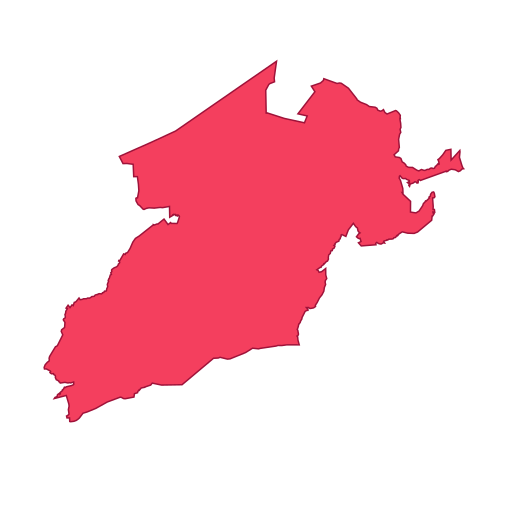 the district of Tula de Allende, Hidalgo, Mexico, rotated 280°
{"feature_id": "50627088B26454050476732", "entity_name": "Tula de Allende", "entity_type": "district", "adm_level": 2, "iso_a3": "MEX", "parent_name": "Mexico", "parent_adm1": "Hidalgo", "projection": "orthographic", "projection_center": [-99.373, 20.05], "detail": "fine", "context": "isolated", "style": "filled", "palette": "rose", "viewbox_px": 512, "rotation_deg": 280, "n_neighbors": 0, "source": "geoboundaries", "source_scale": "gbopen_adm2", "svg_char_len": 6033}
<svg xmlns="http://www.w3.org/2000/svg" viewBox="0 0 512 512"><g transform="rotate(280 256 256)"><path d="M107.4,169.3L107.7,169.3L110.6,174.7L112.8,175.9L112.5,185.4L116.4,205.5L147.9,231.9L149.0,236.6L150.0,238.2L149.5,245.7L150.2,248.3L159.1,262.5L164.6,268.6L165.0,274.6L165.8,276.3L170.8,291.4L171.7,293.1L172.3,296.9L173.9,301.9L176.0,314.0L180.5,311.9L183.4,311.1L184.3,310.3L184.9,311.1L186.4,311.4L190.0,310.1L190.7,309.4L194.0,309.9L196.4,309.9L196.6,310.3L198.4,311.1L199.6,311.2L202.0,312.1L203.3,312.0L210.0,314.0L211.3,315.6L211.5,316.6L212.5,316.4L214.0,314.6L214.4,316.6L213.7,318.0L213.9,319.1L214.9,321.7L216.6,323.4L217.8,323.0L220.8,324.3L225.8,325.8L229.2,327.7L233.1,328.9L236.9,328.8L240.0,329.5L242.3,328.6L244.0,328.6L246.0,329.6L249.4,328.0L255.8,326.8L252.0,323.4L250.9,321.0L252.5,319.7L253.0,318.3L255.8,321.0L256.1,322.0L257.5,322.3L259.4,324.2L260.2,324.1L260.3,324.7L262.8,326.3L263.4,327.3L265.6,327.9L266.7,327.5L269.7,327.4L271.4,328.7L274.0,328.8L274.6,330.2L276.0,330.1L277.4,331.6L279.3,332.0L280.0,330.9L280.9,331.9L281.8,331.6L283.5,332.7L285.0,335.0L286.8,335.1L287.5,335.9L289.3,336.0L290.0,336.4L291.5,336.2L292.0,336.9L290.9,341.1L297.8,342.4L305.1,346.2L302.2,349.1L301.2,351.0L298.4,352.1L297.2,353.4L296.8,354.4L295.7,353.3L292.4,351.6L291.3,353.4L291.0,354.8L291.4,355.5L288.5,356.9L286.8,354.6L284.2,357.9L287.9,372.2L289.2,371.7L290.4,372.6L289.6,374.3L289.4,376.2L289.6,377.3L291.1,379.1L291.1,380.4L292.6,379.2L293.1,379.6L294.3,382.3L294.7,382.2L295.1,383.6L295.6,383.8L296.3,387.0L297.0,388.3L298.0,388.7L298.5,390.2L300.6,391.1L301.1,391.7L300.7,392.0L302.6,393.0L305.2,395.9L304.8,401.4L305.7,407.8L307.7,411.0L321.7,422.8L325.9,422.5L326.0,423.0L328.6,424.1L329.0,423.0L330.0,422.6L330.2,424.4L332.8,423.6L332.6,422.3L335.6,421.9L342.7,420.1L343.9,419.9L344.3,421.3L345.4,421.9L348.8,420.7L349.9,419.8L349.3,418.3L347.1,417.2L345.3,417.3L344.2,416.2L343.6,416.2L343.2,416.7L339.6,414.0L339.7,413.4L338.0,412.8L336.9,411.8L334.5,411.4L328.6,408.8L326.2,406.0L326.1,400.5L336.7,398.7L342.4,390.0L343.7,389.0L343.6,389.8L348.1,388.8L355.6,385.1L357.5,383.5L359.5,383.4L360.1,383.9L357.9,386.6L357.8,387.8L358.3,389.9L357.7,390.8L357.0,393.9L355.8,394.2L355.9,393.6L355.3,393.4L354.7,392.4L354.2,393.2L354.7,394.3L354.4,394.5L352.1,394.2L351.3,395.1L353.6,395.3L355.2,398.2L356.8,399.7L356.3,401.7L355.8,401.9L356.2,402.9L357.8,402.8L358.2,402.4L359.1,402.8L359.6,403.8L358.9,404.7L372.2,427.9L372.1,428.7L372.6,428.7L372.5,430.0L374.1,431.2L375.4,433.3L375.5,437.3L374.3,440.7L375.5,442.5L377.4,443.7L378.0,445.3L378.7,444.4L381.0,443.0L388.5,439.2L393.9,438.8L395.3,438.4L384.4,431.5L394.9,429.4L393.0,424.6L388.0,422.3L383.7,419.6L382.5,418.4L381.0,419.4L378.4,420.4L378.0,420.1L378.4,419.2L376.0,417.8L375.5,417.1L373.4,416.5L372.9,415.1L373.2,413.9L372.7,412.5L371.4,411.4L371.0,409.5L369.7,407.7L369.5,406.5L369.9,403.9L368.1,401.6L368.4,399.6L370.4,394.8L369.8,390.8L370.6,388.3L372.0,387.5L373.3,385.6L374.1,383.6L377.2,381.8L377.9,380.1L377.8,375.9L379.7,374.4L384.3,378.0L386.4,377.9L387.8,378.3L395.6,376.2L400.9,376.3L402.9,377.1L405.8,375.9L407.7,376.4L411.9,375.4L415.6,374.0L416.4,373.9L416.4,374.3L417.9,373.8L419.6,373.7L421.8,371.5L423.3,369.2L423.5,368.2L418.6,360.4L419.7,358.0L422.3,356.1L420.9,354.8L420.2,353.3L420.8,350.6L422.5,349.4L423.2,347.5L422.9,341.6L424.3,338.6L425.6,332.2L427.4,328.4L428.2,328.0L437.3,317.9L440.9,310.0L440.9,308.3L440.0,305.8L442.4,292.0L440.6,291.9L437.6,289.5L432.9,281.0L428.0,285.5L403.3,272.6L402.8,282.1L395.6,280.6L396.4,260.1L398.9,241.9L398.6,242.1L398.5,241.2L421.0,236.8L427.1,238.8L428.1,239.6L430.8,244.0L434.4,243.0L451.4,242.4L365.1,155.1L349.8,133.1L330.3,104.1L323.9,109.0L324.7,112.8L325.0,119.1L312.9,121.8L313.6,125.4L306.4,127.7L299.9,129.3L292.7,129.2L292.5,128.2L292.0,127.7L289.4,128.3L286.2,130.9L285.4,132.8L282.5,136.7L282.4,137.6L283.9,139.8L284.9,142.3L285.5,147.5L287.2,153.2L287.4,155.6L289.8,162.2L279.2,164.3L281.8,167.3L282.2,167.0L282.7,167.7L282.3,167.9L282.9,169.3L282.0,169.8L282.6,170.9L282.0,171.2L282.5,171.8L282.0,172.0L282.6,172.6L282.3,173.2L281.4,173.8L275.4,173.0L274.3,172.6L273.4,166.7L274.1,166.1L271.7,163.9L276.4,159.0L270.4,153.8L270.4,153.0L268.9,150.6L269.1,149.4L268.5,149.5L268.0,148.7L255.4,137.5L252.4,134.2L248.3,132.3L241.6,130.7L237.1,128.9L236.0,127.1L234.8,126.9L235.1,125.3L227.7,122.6L227.8,121.7L227.2,121.6L227.0,122.3L226.1,122.9L225.1,122.7L224.2,121.9L222.7,121.7L221.2,120.7L219.7,118.3L217.7,116.4L217.0,116.2L215.5,116.7L214.3,115.9L212.7,116.8L212.0,115.8L208.4,115.4L208.0,115.0L206.1,114.7L205.4,115.2L202.3,114.5L200.0,115.3L197.8,114.7L195.8,114.7L195.3,114.2L195.1,112.9L193.7,112.4L193.2,111.2L192.7,111.2L191.9,110.5L191.7,108.3L191.2,107.1L190.5,106.8L190.3,105.7L189.6,104.4L188.2,103.7L187.5,101.3L186.4,100.4L185.4,99.0L185.5,97.8L184.5,96.4L183.9,93.5L183.1,92.4L182.4,90.4L183.9,89.0L180.0,86.8L179.2,86.1L178.8,85.1L175.4,84.6L175.9,83.3L172.9,81.8L174.9,79.5L171.7,78.0L171.4,79.4L168.6,78.3L166.2,78.4L165.4,78.0L162.6,78.9L161.8,78.7L160.7,77.5L159.7,77.3L157.4,79.4L152.4,79.9L149.6,77.4L147.9,77.3L144.8,79.4L133.6,76.1L132.4,75.3L131.9,74.3L121.3,70.2L119.4,70.0L117.7,70.5L116.4,70.3L115.3,69.1L112.4,67.3L109.5,66.7L108.0,67.3L108.4,69.1L107.0,73.4L106.5,73.8L105.5,73.3L104.9,74.1L104.5,75.3L105.0,77.0L104.1,77.5L103.6,78.9L102.7,79.4L101.4,79.5L99.5,80.8L98.7,83.4L98.0,83.7L97.8,84.4L96.9,85.3L98.4,89.8L98.3,92.8L98.9,94.6L98.8,95.5L100.2,98.3L98.1,98.8L97.6,98.6L96.4,96.9L94.3,92.0L93.3,90.8L93.5,90.1L91.5,89.5L90.5,88.6L90.0,88.8L87.5,86.8L86.3,87.2L85.9,86.9L86.9,86.5L85.3,84.9L84.6,84.5L83.1,84.6L81.8,82.6L80.6,82.1L85.7,93.4L77.7,97.4L75.7,98.0L72.1,97.9L67.9,99.3L66.4,98.4L65.5,97.2L63.7,98.0L64.2,100.5L60.7,101.3L60.6,102.2L61.6,105.4L62.9,107.6L64.3,109.0L65.8,110.2L71.1,112.9L73.1,116.8L78.1,124.7L86.4,134.9L93.4,146.8L93.4,148.0L92.6,150.3L92.7,151.9L95.9,160.3L99.3,160.2L100.8,163.1L101.9,163.1L103.8,164.1L103.5,164.4L106.1,165.9L107.4,169.3Z" fill="#f43f5e" stroke="#9f1239" stroke-width="1.5"/></g></svg>